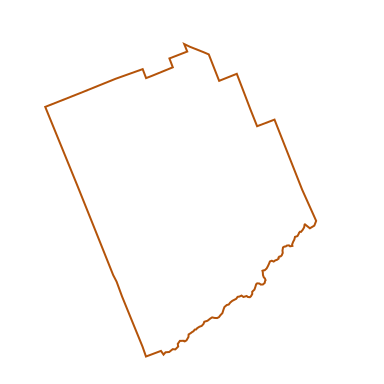 outline of Tulare, California, United States of America, rotated 68°
{"feature_id": "52423323B44496470224494", "entity_name": "Tulare", "entity_type": "district", "adm_level": 2, "iso_a3": "USA", "parent_name": "United States of America", "parent_adm1": "California", "projection": "mercator", "projection_center": [-118.363, 36.267], "detail": "fine", "context": "isolated", "style": "outline", "palette": "amber", "viewbox_px": 384, "rotation_deg": 68, "n_neighbors": 0, "source": "geoboundaries", "source_scale": "gbopen_adm2", "svg_char_len": 1785}
<svg xmlns="http://www.w3.org/2000/svg" viewBox="0 0 384 384"><g transform="rotate(68 192 192)"><path d="M265.3,87.7L231.1,89.0L155.8,88.4L155.4,107.0L137.2,106.9L122.0,106.6L99.2,106.2L99.1,125.2L70.7,124.9L66.6,129.0L56.7,139.4L51.9,143.8L60.0,143.8L59.7,162.9L69.2,163.1L69.3,185.6L69.2,191.9L59.6,191.7L58.4,220.5L58.4,239.4L58.4,258.4L58.1,296.2L143.4,295.9L187.3,296.0L239.5,296.2L246.9,295.5L262.6,296.0L294.3,295.9L316.8,295.8L327.3,296.3L327.7,280.3L332.1,279.3L330.7,276.6L331.8,273.1L330.5,268.8L331.7,266.4L330.1,262.7L327.5,262.1L325.5,259.0L326.9,255.3L327.3,255.3L327.8,254.7L327.5,252.7L325.1,249.6L322.8,248.5L322.4,246.2L321.8,244.0L321.7,242.9L320.6,241.0L321.0,239.7L320.2,238.2L319.7,235.5L319.8,233.2L318.6,230.7L316.9,229.2L317.2,225.9L316.2,222.5L315.8,220.3L317.2,218.3L318.3,215.9L318.1,213.8L316.9,211.9L315.7,209.2L314.1,207.9L312.4,206.5L310.8,205.0L309.8,202.1L310.1,200.1L308.8,197.9L308.0,195.4L307.6,191.0L306.3,189.0L306.7,187.2L306.6,184.9L308.6,183.6L308.9,180.3L310.3,179.5L311.2,177.8L310.8,176.5L309.2,174.4L307.0,173.5L305.9,170.7L303.6,168.7L301.6,167.1L301.1,165.8L302.1,163.8L303.6,162.9L304.3,160.9L303.5,158.6L302.0,157.7L301.3,156.8L299.4,156.8L298.0,157.4L295.6,157.3L292.9,156.4L291.4,156.2L291.4,155.2L291.8,154.0L290.9,151.5L289.1,149.3L287.2,147.3L285.6,145.8L285.6,143.8L287.1,142.3L286.6,140.5L286.7,138.5L286.2,136.6L285.1,136.3L284.6,135.2L284.9,134.0L284.4,132.6L282.5,130.7L280.1,130.0L277.5,128.4L277.2,126.8L277.6,125.5L277.2,124.1L277.8,122.1L279.1,121.4L279.6,119.1L278.1,118.8L276.1,116.9L274.4,114.9L272.2,113.3L272.4,110.8L271.0,109.0L270.0,108.1L269.3,106.8L269.6,106.2L269.8,105.9L268.6,103.6L266.8,101.3L264.4,99.8L264.3,99.4L269.8,96.3L269.0,91.2L265.3,87.7Z" fill="none" stroke="#b45309" stroke-width="2"/></g></svg>